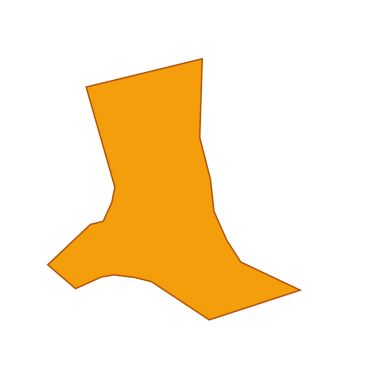 an SVG outline of Sveti Andraž v Slovenskih Goricah, rotated 289°
{"feature_id": "SVN-268", "entity_name": "Sveti Andraž v Slovenskih Goricah", "entity_type": "Municipality", "adm_level": 1, "iso_a3": "SVN", "parent_name": "Slovenia", "parent_adm1": "", "projection": "mercator", "projection_center": [15.95, 46.517], "detail": "fine", "context": "isolated", "style": "filled", "palette": "amber", "viewbox_px": 384, "rotation_deg": 289, "n_neighbors": 0, "source": "natural_earth", "source_scale": "10m", "svg_char_len": 401}
<svg xmlns="http://www.w3.org/2000/svg" viewBox="0 0 384 384"><g transform="rotate(289 192 192)"><path d="M62.7,113.3L76.2,79.3L128.2,106.5L135.4,117.6L156.1,119.6L171.5,117.5L256.8,57.8L321.3,158.3L246.2,181.5L209.6,205.5L180.8,219.1L157.5,240.8L141.6,261.0L134.4,326.2L76.7,249.9L94.0,183.0L92.6,166.0L88.2,145.0L82.0,133.8L62.7,113.3Z" fill="#f59e0b" stroke="#b45309" stroke-width="1.5"/></g></svg>